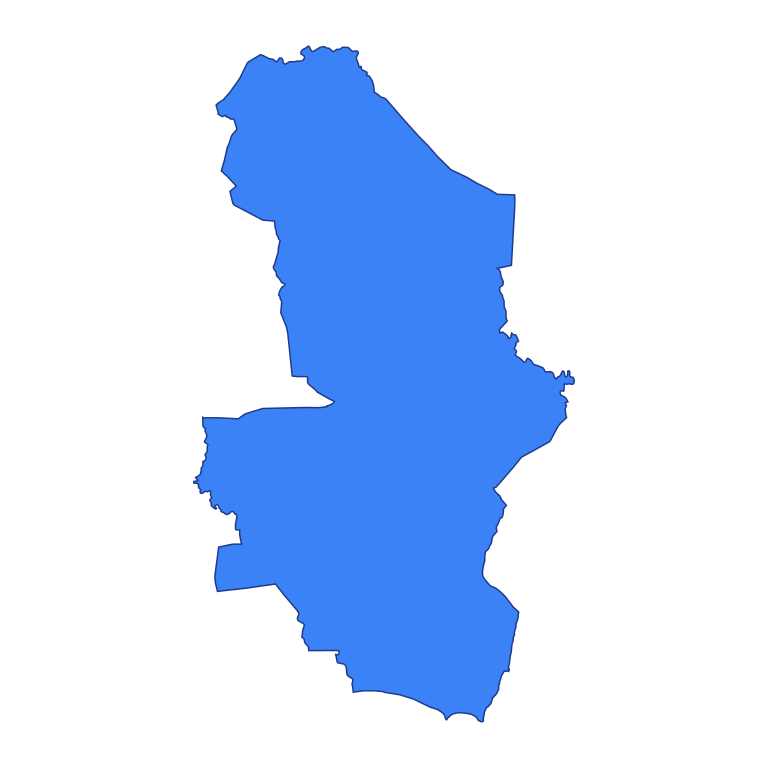 Ham Thuan Nam, Bình Thuận, Vietnam
{"feature_id": "81297802B68049284687871", "entity_name": "Ham Thuan Nam", "entity_type": "district", "adm_level": 2, "iso_a3": "VNM", "parent_name": "Vietnam", "parent_adm1": "Bình Thuận", "projection": "natural_earth1", "projection_center": [107.897, 10.938], "detail": "fine", "context": "isolated", "style": "filled", "palette": "blue", "viewbox_px": 768, "rotation_deg": 0, "n_neighbors": 0, "source": "geoboundaries", "source_scale": "gbopen_adm2", "svg_char_len": 6060}
<svg xmlns="http://www.w3.org/2000/svg" viewBox="0 0 768 768"><path d="M217.5,591.4L245.9,588.2L275.5,584.0L284.4,595.4L296.8,610.0L298.8,613.1L298.7,614.8L297.4,618.1L297.6,619.7L298.5,620.9L303.6,623.7L304.4,625.0L302.8,630.2L301.9,637.1L304.2,639.3L304.7,642.3L305.5,643.7L308.4,646.6L308.8,650.6L336.4,650.5L338.8,650.9L339.1,652.6L338.9,654.0L337.8,654.8L335.7,654.5L337.3,662.3L337.7,662.8L344.0,664.1L345.4,665.2L346.2,667.3L347.0,674.7L348.8,676.5L352.6,678.8L352.8,681.1L352.0,684.1L352.8,687.7L353.2,692.2L363.4,690.8L375.0,690.8L382.3,691.5L385.0,692.4L399.8,694.8L413.4,699.0L429.4,706.8L438.1,709.8L442.2,712.6L443.7,714.0L445.0,716.3L445.6,718.7L446.3,719.8L446.6,719.8L447.8,718.0L450.5,715.5L453.0,713.9L457.6,712.8L461.0,712.8L466.1,713.2L471.8,714.5L475.8,716.7L476.8,717.8L478.3,720.4L481.7,721.9L483.4,721.0L483.3,718.6L484.6,711.7L486.5,707.6L488.5,706.4L489.9,704.3L490.8,704.0L492.7,697.7L494.1,696.7L494.7,695.4L495.4,695.2L497.0,692.9L498.4,689.8L498.8,688.0L498.5,686.0L499.6,683.6L499.6,681.7L500.9,678.4L501.1,676.3L504.2,671.2L504.7,670.9L505.9,671.4L507.8,670.7L508.4,671.4L509.0,671.0L508.6,669.9L509.1,669.9L509.3,669.2L508.6,668.5L508.5,667.1L509.5,662.8L510.3,655.8L511.2,652.3L512.0,644.1L513.2,640.1L513.3,637.5L514.5,634.8L514.3,632.6L515.9,627.1L515.9,624.8L518.2,617.3L518.0,616.2L518.7,612.1L513.2,607.0L505.1,596.4L499.2,590.8L495.8,588.2L491.2,586.2L489.7,585.2L484.5,579.1L482.7,576.1L482.5,571.3L483.4,565.8L484.8,560.6L484.8,556.5L485.4,551.9L488.8,548.4L489.2,546.6L491.3,543.2L492.3,537.8L493.0,535.9L496.8,531.7L496.9,530.3L496.2,528.2L496.6,526.4L497.9,524.2L500.1,518.4L502.0,517.6L502.4,516.9L503.3,513.1L503.5,509.0L506.4,505.4L501.6,499.7L499.8,496.0L495.9,492.4L493.7,488.9L493.6,488.0L495.9,487.3L499.4,483.4L513.9,466.6L521.5,457.2L549.0,442.0L550.4,440.6L558.2,426.0L560.7,423.1L566.6,417.6L565.9,414.8L565.2,410.0L565.4,408.3L566.5,405.5L565.1,403.2L565.4,402.7L567.9,401.8L566.2,398.6L564.9,397.2L560.7,395.0L560.2,393.6L560.1,391.8L561.2,390.7L563.4,391.2L563.9,390.8L564.3,384.0L566.9,384.2L569.0,383.8L572.3,384.3L573.4,383.8L574.0,382.8L574.3,380.1L573.1,377.4L570.8,376.9L569.9,376.3L569.6,375.4L569.9,372.4L569.5,371.4L568.8,370.8L567.7,371.3L567.6,375.3L566.4,376.7L565.7,376.9L565.0,376.4L564.0,371.5L562.8,371.0L562.0,371.8L560.2,375.9L558.0,376.8L555.9,379.0L554.5,377.3L553.3,373.8L552.5,372.6L550.5,371.7L545.4,371.9L543.5,368.5L542.7,367.7L536.7,365.3L534.0,364.6L533.2,363.9L531.3,360.9L528.9,358.8L527.2,358.5L525.5,361.7L524.7,362.2L524.0,362.1L519.5,357.9L516.9,356.6L515.3,354.9L515.3,353.9L516.4,352.1L516.5,351.4L515.8,350.1L514.1,348.8L515.9,345.0L516.3,342.6L518.6,341.2L516.1,335.4L515.3,334.8L513.2,334.7L511.8,333.1L511.0,335.7L511.1,337.0L508.9,338.5L508.3,338.1L508.2,337.0L507.6,336.0L503.3,332.4L501.9,332.2L500.3,333.1L499.7,332.7L499.6,330.7L499.2,330.3L499.8,329.0L507.2,321.1L506.1,318.1L506.0,311.2L504.2,306.7L504.0,300.7L502.8,297.6L502.4,295.5L499.9,291.4L499.6,290.2L499.7,287.7L500.3,286.9L501.9,286.0L503.1,284.3L503.2,281.6L501.3,277.1L500.2,271.5L498.8,269.3L497.2,268.3L511.4,265.4L514.6,209.1L514.9,200.8L514.7,194.9L497.4,194.3L489.5,189.5L476.0,182.8L467.5,177.6L450.9,169.7L437.4,156.4L428.8,146.6L418.6,136.2L405.0,121.1L386.1,99.3L384.3,98.0L380.9,97.1L377.9,94.5L374.3,92.1L373.6,85.6L372.2,80.7L369.5,76.4L368.6,75.8L366.7,75.5L367.1,73.0L366.7,72.1L362.2,69.9L361.2,68.6L361.3,66.8L360.9,66.4L359.4,67.1L358.8,66.7L358.6,64.7L356.4,58.7L356.3,57.6L358.3,53.2L358.2,51.9L356.5,50.9L353.3,51.3L351.9,51.1L349.6,48.6L347.9,47.4L342.4,47.3L340.0,49.3L336.6,49.4L333.9,51.4L332.9,51.6L329.3,48.4L326.9,48.0L324.2,46.7L322.9,46.7L319.8,47.5L313.7,51.2L312.4,51.5L311.3,50.9L309.1,46.4L308.2,46.1L305.8,48.0L302.8,49.5L301.1,51.6L300.8,52.9L301.2,54.0L303.7,55.6L304.5,56.9L304.5,58.2L302.7,60.5L301.2,61.1L297.4,61.1L294.0,61.8L289.7,61.7L285.5,64.1L283.4,63.4L282.7,59.4L281.3,58.1L279.4,58.1L277.2,61.4L276.2,61.8L273.4,59.5L269.1,58.6L262.2,55.2L260.4,54.7L248.5,61.9L247.4,62.9L239.8,78.3L229.7,92.5L223.3,99.8L217.8,103.3L216.1,105.2L218.1,112.1L218.2,114.3L222.3,116.6L225.9,115.2L226.2,116.7L226.6,117.0L228.4,117.4L230.7,119.1L233.1,119.0L234.0,119.5L236.8,128.4L236.6,129.8L232.5,134.4L231.4,136.2L229.2,143.3L227.4,147.1L224.3,160.8L221.3,170.9L227.6,176.7L236.0,185.8L235.9,186.5L230.0,191.4L232.8,203.1L233.6,204.4L234.8,205.4L262.8,220.1L274.5,221.1L275.2,227.8L276.1,230.4L276.6,234.5L278.2,237.1L278.6,238.8L280.1,240.6L278.4,247.7L278.2,251.8L274.5,264.5L273.4,266.5L273.5,268.0L274.3,269.8L276.2,272.0L276.4,275.1L276.9,276.2L279.4,278.8L281.7,282.6L284.6,283.9L285.0,284.5L284.7,285.5L281.9,287.1L279.8,290.9L278.6,295.0L280.2,296.9L280.2,298.8L281.4,300.8L281.7,302.2L280.8,312.8L286.4,326.8L287.7,332.6L292.2,376.0L297.2,376.6L307.2,376.6L307.6,377.4L307.6,382.0L307.8,383.0L309.1,384.6L315.2,389.7L317.6,392.3L330.0,399.3L334.4,401.4L332.6,403.8L328.9,405.4L326.9,405.9L327.0,406.6L319.5,407.7L305.9,407.5L262.7,408.5L246.1,413.6L244.4,414.4L238.3,418.8L218.9,417.8L204.2,417.8L202.7,417.3L203.0,426.0L203.6,427.3L205.3,428.5L205.1,431.1L206.8,435.0L206.6,437.5L204.5,441.3L204.5,442.0L207.9,444.5L207.2,447.3L207.2,451.5L205.0,454.7L206.2,458.0L206.1,459.0L205.0,460.5L202.8,461.7L203.0,464.4L202.6,466.2L201.1,468.5L201.4,470.6L200.7,472.2L200.7,473.7L198.4,476.1L195.7,477.3L195.7,477.8L197.8,480.1L197.9,480.7L194.1,481.4L193.7,481.9L193.7,483.0L197.0,483.4L198.6,484.4L198.5,487.4L200.6,489.7L200.0,491.8L200.6,493.2L202.2,493.3L205.2,491.3L207.6,491.7L209.8,490.7L210.5,490.8L210.5,495.1L211.8,497.9L210.1,499.3L209.8,500.6L211.1,502.7L211.4,505.8L214.3,508.3L215.7,509.0L216.5,508.6L216.4,508.1L214.9,506.5L215.0,505.8L215.9,505.0L217.5,504.6L218.2,505.3L219.3,508.4L221.0,509.6L221.0,511.2L221.3,511.7L223.9,512.7L226.1,514.4L227.4,514.4L228.9,513.8L231.1,511.8L232.4,511.4L233.5,511.9L235.0,514.0L236.4,514.3L236.9,516.3L235.5,524.5L235.5,529.0L235.9,529.7L239.8,530.2L239.6,534.4L241.5,544.1L232.4,544.2L218.7,547.1L215.0,575.0L215.0,579.3L215.5,583.1L217.5,591.4Z" fill="#3b82f6" stroke="#1e3a8a" stroke-width="1.5"/></svg>